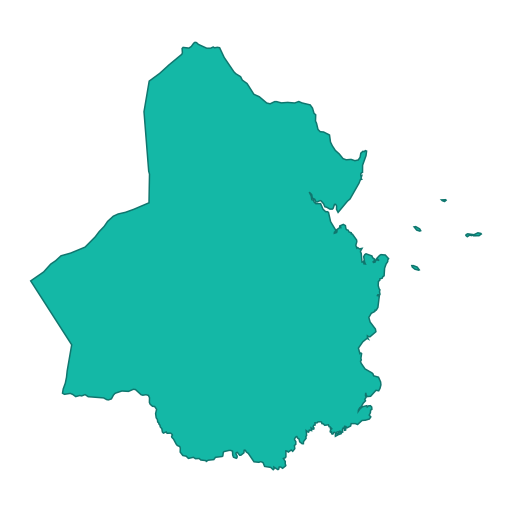 outline of Mocimboa Da Praia, Cabo Delgado, Mozambique
{"feature_id": "85939544B54758933622764", "entity_name": "Mocimboa Da Praia", "entity_type": "district", "adm_level": 2, "iso_a3": "MOZ", "parent_name": "Mozambique", "parent_adm1": "Cabo Delgado", "projection": "natural_earth1", "projection_center": [40.265, -11.404], "detail": "fine", "context": "isolated", "style": "filled", "palette": "teal", "viewbox_px": 512, "rotation_deg": 0, "n_neighbors": 0, "source": "geoboundaries", "source_scale": "gbopen_adm2", "svg_char_len": 6086}
<svg xmlns="http://www.w3.org/2000/svg" viewBox="0 0 512 512"><path d="M357.6,424.5L362.0,420.5L365.5,420.2L369.4,419.0L370.8,416.9L369.2,415.1L370.4,412.7L370.6,410.2L371.9,409.3L371.7,407.0L370.4,405.7L368.7,405.8L367.2,407.0L366.8,405.7L362.6,406.7L360.1,408.7L358.3,411.3L358.4,410.1L359.8,407.7L361.0,407.0L363.2,403.2L365.5,400.8L364.8,399.3L366.1,397.4L365.5,395.6L365.7,392.8L366.3,395.3L367.4,396.6L370.6,396.3L376.0,390.3L378.7,390.8L380.0,388.4L380.9,384.9L380.6,381.9L378.5,377.2L373.6,375.8L373.0,373.9L372.1,373.0L365.0,368.9L361.1,363.2L360.5,361.2L361.3,360.0L360.9,358.3L361.6,353.6L360.9,353.0L359.9,353.6L358.4,348.1L362.8,341.8L367.1,338.3L368.2,338.9L367.4,337.5L367.4,335.8L368.7,336.7L370.1,336.7L375.9,331.7L375.4,329.0L370.1,322.0L368.8,317.4L371.3,313.3L374.9,311.4L375.0,310.2L376.3,310.1L377.9,307.4L379.3,296.1L377.4,295.6L377.9,294.7L379.7,294.8L380.0,294.2L379.5,291.8L379.9,289.8L379.1,288.8L378.2,285.6L378.4,281.5L379.8,280.2L379.8,278.9L382.2,278.2L382.9,276.6L384.1,275.8L384.6,268.2L386.1,264.0L387.7,261.6L387.8,259.7L388.6,258.7L385.3,255.0L381.0,254.6L379.6,255.4L376.8,258.4L379.1,260.5L376.1,259.7L375.1,262.1L373.6,262.5L373.1,261.9L374.0,261.3L374.6,259.1L372.6,257.7L371.9,255.9L366.0,253.8L364.8,254.6L363.7,256.6L364.6,262.2L365.4,264.0L363.9,263.8L363.6,261.3L363.3,261.9L362.0,262.1L361.2,253.2L360.5,252.1L360.5,251.1L362.0,248.4L359.4,248.9L357.7,247.6L356.9,248.2L355.8,245.3L356.8,241.7L356.6,240.0L352.4,234.1L351.2,233.8L351.2,232.7L349.1,232.0L348.0,230.1L346.7,229.8L345.9,228.7L345.4,225.6L343.3,224.4L339.8,225.9L339.7,226.6L340.7,226.9L340.8,227.7L339.7,227.6L336.6,229.8L337.1,230.7L336.6,232.5L334.3,233.3L334.4,232.2L335.7,231.1L335.5,229.8L330.6,221.7L328.5,212.4L327.4,211.7L325.7,211.7L323.0,209.2L320.6,203.6L315.9,203.7L314.2,202.1L313.5,200.2L311.8,199.7L311.2,196.0L309.2,192.1L311.7,194.6L312.4,198.1L314.7,199.2L316.0,201.8L317.0,202.0L320.1,200.6L321.1,200.9L323.6,203.8L324.9,206.8L326.6,207.2L329.9,209.1L332.4,209.1L333.2,208.2L334.5,204.4L335.6,204.3L336.6,206.0L336.5,209.3L338.1,212.4L347.5,201.1L350.0,199.0L359.0,183.2L360.4,179.6L361.7,179.3L361.0,178.2L361.8,175.5L360.8,175.8L360.7,174.0L361.5,172.7L362.5,172.4L362.6,165.2L366.0,155.7L366.6,151.1L365.3,150.6L364.3,151.6L362.9,151.3L360.8,153.2L360.1,157.3L358.2,160.0L354.9,160.7L351.1,159.4L346.2,159.8L343.0,158.6L339.2,153.9L335.3,150.4L332.3,145.8L330.5,142.1L329.5,135.0L323.6,132.0L320.2,131.7L318.0,129.5L316.5,123.2L315.5,121.1L315.7,114.8L314.0,113.3L312.5,108.1L310.2,104.9L301.9,102.9L298.8,101.5L294.7,103.0L287.6,102.4L281.4,102.9L276.5,101.6L274.7,101.6L270.1,103.8L266.7,103.0L259.4,96.8L253.9,94.3L247.1,83.6L242.3,80.1L240.6,76.7L235.9,73.8L233.9,71.8L224.2,57.5L219.6,47.7L217.4,47.3L214.6,47.8L213.2,47.0L210.6,48.2L206.7,48.2L198.4,44.4L196.5,42.6L195.0,42.3L193.7,43.2L191.3,46.5L188.9,48.1L183.1,47.4L182.1,48.5L182.4,52.9L181.8,54.3L169.2,64.7L159.8,73.3L149.2,81.1L144.0,111.7L148.7,171.2L149.5,174.1L149.0,202.8L133.8,209.3L125.5,212.3L118.1,214.0L113.3,216.2L107.6,221.4L104.2,226.4L99.2,231.6L95.2,236.9L85.1,247.1L70.6,253.1L61.0,255.8L55.7,260.7L50.7,264.1L43.7,271.9L30.7,280.9L71.7,344.8L67.2,370.8L66.5,377.3L65.3,383.2L63.2,389.0L62.5,393.2L64.4,394.3L70.3,393.4L72.9,394.5L75.7,396.6L79.7,395.5L81.7,395.9L85.1,394.6L88.2,396.7L103.6,397.9L106.7,399.6L108.4,399.9L111.4,398.9L113.5,395.0L115.0,393.4L116.2,392.9L121.9,391.0L128.5,391.4L133.3,389.3L135.4,389.5L141.1,394.7L142.8,395.2L146.0,394.7L148.4,395.4L149.5,397.7L149.4,402.4L150.2,404.3L152.5,406.3L154.6,406.5L156.6,409.3L155.6,413.6L156.2,417.8L157.4,419.6L157.7,422.0L158.7,422.8L159.0,424.2L160.0,425.2L160.2,426.8L161.8,428.7L162.4,432.0L163.4,433.1L166.2,431.9L167.1,433.3L170.7,433.1L172.2,434.5L172.4,435.2L171.6,436.2L171.9,437.4L173.5,439.1L176.3,444.3L177.3,445.5L179.7,446.5L180.3,448.0L180.2,452.1L182.8,455.5L186.2,456.2L188.4,458.4L193.4,457.3L195.5,458.7L199.2,458.5L200.8,460.0L205.9,460.6L206.3,461.4L208.2,460.2L213.8,459.6L215.5,457.3L222.1,456.5L222.8,456.0L223.3,452.4L224.0,451.6L229.1,450.4L230.7,450.4L232.5,451.2L232.7,455.1L233.5,457.2L236.3,458.3L237.0,457.7L237.2,456.2L235.9,453.7L236.3,452.6L237.3,452.3L239.7,455.3L240.9,455.2L243.9,452.8L244.2,450.2L244.6,450.1L245.4,450.3L246.2,451.9L248.3,453.4L254.0,461.8L258.9,462.3L260.4,461.7L261.6,461.9L263.1,462.7L264.6,466.4L270.7,467.4L273.2,469.7L274.1,468.8L273.9,467.1L277.9,469.6L278.7,469.1L279.2,467.0L280.7,467.0L282.6,468.3L285.5,466.0L285.8,465.5L285.2,463.6L285.3,461.5L283.4,458.5L285.4,457.7L285.9,456.8L285.9,450.9L286.9,451.0L288.3,452.1L291.2,450.0L292.7,451.3L294.8,448.7L294.4,445.5L295.8,444.3L295.8,441.5L294.6,439.8L294.6,438.6L296.1,436.7L296.8,436.5L297.7,438.2L299.0,439.0L299.7,441.8L302.1,443.7L303.4,443.7L303.5,441.6L306.1,438.3L305.8,436.6L306.6,435.5L306.2,430.6L308.2,432.2L308.7,432.0L309.3,430.1L311.6,430.6L311.2,428.0L312.9,429.2L313.8,429.0L314.0,427.9L313.3,427.4L313.2,426.5L313.7,425.3L315.1,425.0L315.0,422.8L316.9,422.9L318.2,421.8L320.9,421.8L321.6,422.3L321.9,423.6L323.4,423.9L324.7,425.3L328.4,424.8L329.1,426.7L330.3,427.0L330.4,428.3L331.3,428.1L331.8,428.8L330.5,430.0L330.2,431.8L331.0,432.4L331.5,432.0L331.7,433.7L332.2,434.1L333.1,433.9L333.7,432.5L334.7,432.3L335.9,433.8L335.3,434.9L335.4,436.3L338.0,434.9L338.0,434.3L336.6,432.8L337.1,431.9L338.4,431.8L338.8,432.6L338.4,433.9L339.1,434.4L341.1,433.7L341.5,432.9L339.4,431.9L339.5,431.2L340.7,431.3L341.7,432.3L342.7,432.1L342.4,429.4L343.1,428.1L344.2,428.6L344.5,430.3L345.6,430.1L345.8,428.2L344.2,427.4L344.6,426.3L345.9,426.5L347.1,427.8L350.6,426.0L351.2,423.6L355.3,423.6L357.6,424.5ZM479.0,235.7L481.3,234.0L480.8,233.4L477.9,232.8L474.0,234.7L467.7,233.8L466.1,234.6L465.9,235.5L467.3,236.7L469.7,235.1L471.5,235.6L472.2,235.1L473.5,235.8L479.0,235.7ZM419.3,269.9L417.2,267.1L413.4,265.6L411.8,265.6L412.3,267.1L414.9,269.2L418.7,270.2L419.3,269.9ZM419.7,231.1L420.7,230.7L419.6,228.8L415.7,226.6L414.1,226.9L416.7,230.1L419.7,231.1ZM445.6,199.7L441.5,199.9L442.3,200.7L444.6,201.5L446.1,200.2L445.6,199.7Z" fill="#14b8a6" stroke="#0f766e" stroke-width="1.5"/></svg>